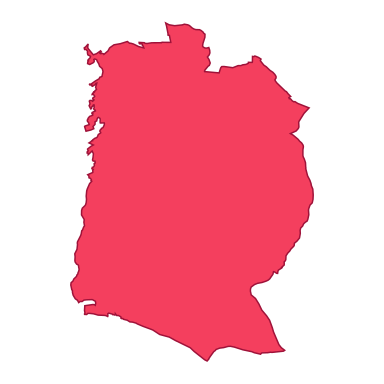 Stoina, Gorj, Romania
{"feature_id": "2599482B4391298205138", "entity_name": "Stoina", "entity_type": "district", "adm_level": 2, "iso_a3": "ROU", "parent_name": "Romania", "parent_adm1": "Gorj", "projection": "mercator", "projection_center": [23.622, 44.679], "detail": "fine", "context": "isolated", "style": "filled", "palette": "rose", "viewbox_px": 384, "rotation_deg": 0, "n_neighbors": 0, "source": "geoboundaries", "source_scale": "gbopen_adm2", "svg_char_len": 5703}
<svg xmlns="http://www.w3.org/2000/svg" viewBox="0 0 384 384"><path d="M78.7,302.6L80.1,301.5L82.1,301.5L84.0,300.1L86.8,299.8L92.3,299.6L95.4,301.3L95.7,303.2L95.3,305.3L94.4,304.7L93.0,304.5L84.8,305.7L84.5,310.6L84.9,312.5L84.8,313.7L84.5,314.0L84.6,314.4L86.7,314.5L87.8,313.4L89.8,313.4L93.5,313.8L98.1,315.1L104.5,315.4L106.1,315.7L107.7,316.5L107.9,316.1L107.8,313.7L108.7,313.1L112.3,314.1L113.0,314.8L113.7,314.5L114.9,315.1L115.4,314.8L115.4,313.8L116.7,315.5L118.4,315.5L120.0,316.3L121.1,317.2L120.9,318.1L121.9,318.7L122.8,318.5L123.5,319.3L127.2,320.2L129.9,321.9L132.5,322.1L136.0,323.1L137.3,323.9L143.2,326.4L151.1,329.3L153.0,330.1L159.7,334.5L169.3,337.1L175.4,340.5L190.2,347.7L194.2,351.5L204.7,359.8L207.1,361.0L208.8,359.1L208.8,358.7L210.3,356.4L213.8,351.6L215.3,350.5L216.0,349.5L219.7,348.1L223.7,347.6L228.1,346.4L230.5,346.3L234.4,347.1L242.9,349.8L251.9,351.7L254.2,352.7L260.6,354.2L261.3,353.3L262.1,352.9L267.7,352.7L270.8,352.2L271.8,352.4L282.3,351.3L283.6,351.1L284.7,350.3L281.3,347.7L278.9,344.6L273.5,331.9L272.3,327.7L269.6,320.3L266.6,315.8L261.8,310.1L258.9,304.0L255.5,298.5L251.2,294.9L250.4,291.1L250.5,288.9L251.2,287.0L254.6,284.5L257.6,283.3L262.0,282.5L265.9,281.2L268.1,280.2L269.7,278.9L272.9,274.3L273.5,271.7L274.7,272.0L276.6,273.3L277.6,273.4L277.9,271.4L278.4,270.1L281.6,268.1L282.0,267.7L281.6,267.4L284.2,265.0L284.2,261.8L285.3,260.8L285.8,259.6L286.0,255.8L287.9,252.9L289.7,251.1L290.9,249.1L293.7,246.3L294.2,245.4L294.4,243.2L296.9,241.2L299.5,238.0L300.3,233.3L300.1,230.4L300.7,228.0L302.6,226.1L303.7,223.7L305.5,222.1L307.1,221.1L307.8,219.4L308.8,214.8L308.5,210.2L308.7,208.8L310.0,205.1L312.2,202.9L313.0,199.4L313.2,195.0L312.8,189.1L311.4,185.7L311.0,183.5L309.9,180.3L307.6,175.9L305.7,168.5L305.9,168.1L305.7,166.9L305.5,162.7L304.3,159.1L303.2,156.8L302.9,155.5L302.9,149.8L303.4,146.8L303.1,145.2L301.6,142.9L299.6,141.2L298.1,139.3L293.1,135.1L290.4,133.6L296.1,131.0L298.0,128.9L298.7,127.7L298.9,126.8L298.7,122.3L298.9,121.5L304.0,113.4L309.1,107.9L297.7,103.4L294.9,101.6L293.8,101.8L292.2,100.8L290.5,98.8L289.3,98.7L288.9,97.6L290.7,96.5L288.0,93.7L286.4,91.6L285.4,91.2L279.9,85.9L276.8,82.9L275.4,81.0L274.9,79.8L276.0,78.1L276.1,76.8L275.8,76.0L274.8,74.4L272.9,72.3L269.9,70.3L266.3,66.8L263.8,65.1L260.3,60.7L261.0,59.1L258.6,57.5L256.0,56.4L254.8,56.0L254.1,56.6L252.5,56.4L252.4,62.0L252.2,62.4L248.4,62.3L248.3,63.3L246.0,64.4L242.8,64.8L240.9,65.6L238.2,65.6L232.8,67.7L224.0,66.5L221.7,66.6L220.7,67.9L219.1,72.9L204.6,71.6L204.5,71.1L205.0,70.0L208.1,66.2L209.3,65.4L210.2,63.0L209.0,59.5L207.4,57.0L209.2,54.9L209.9,52.9L209.7,50.3L208.8,47.5L206.8,48.1L204.9,48.0L203.3,47.1L202.6,46.2L202.9,43.6L204.9,37.3L205.0,34.2L203.7,33.2L203.0,32.0L200.8,30.3L199.5,29.7L195.8,29.6L193.9,29.0L192.2,28.0L189.5,25.6L187.8,24.8L184.3,24.2L182.3,24.9L174.7,25.7L169.1,24.8L165.7,23.0L166.5,25.9L168.0,33.6L168.0,35.1L169.4,35.4L170.8,42.4L161.9,42.3L161.5,42.7L151.7,42.8L147.0,43.5L145.0,43.3L144.3,42.7L139.1,42.4L139.1,43.1L139.6,43.8L141.8,43.9L142.4,44.5L142.3,45.2L143.1,46.0L143.8,47.9L138.7,46.6L133.4,44.0L130.7,43.2L129.6,43.3L127.4,41.5L120.3,43.7L114.0,44.8L110.1,47.5L109.5,48.1L108.0,50.9L103.9,54.4L103.5,53.8L103.1,53.7L102.1,53.4L100.6,53.7L99.9,53.3L99.9,52.7L101.3,51.8L100.6,50.8L96.5,53.7L93.3,54.8L88.1,48.5L87.7,47.2L88.1,44.5L87.8,44.4L85.7,46.8L84.2,47.9L84.6,49.5L85.8,49.4L87.1,50.6L87.6,51.7L87.4,52.7L87.8,54.8L90.5,56.3L90.2,57.7L88.1,59.8L87.9,60.6L88.4,60.9L87.8,61.8L87.6,63.6L89.7,64.5L93.1,62.8L93.9,62.1L94.3,61.0L93.8,59.5L94.1,59.2L94.7,59.0L96.0,59.4L96.8,60.0L97.2,61.2L98.8,63.9L99.6,66.3L102.2,68.6L103.0,71.6L101.9,76.5L99.7,77.3L99.2,78.7L95.2,81.1L91.0,84.1L90.4,84.4L89.9,84.0L89.5,84.3L89.9,85.0L91.8,84.9L91.8,85.9L92.5,86.3L95.1,84.6L95.9,83.3L96.8,83.1L95.6,87.3L96.5,89.4L94.9,90.8L94.7,91.6L93.8,91.8L94.0,92.4L92.8,93.1L92.1,94.3L92.1,94.6L93.3,94.3L94.7,96.2L94.5,96.8L92.9,97.9L92.7,98.6L93.2,99.8L93.7,99.6L94.0,99.9L92.6,101.3L91.6,100.5L90.0,100.4L89.3,101.1L90.0,103.9L89.1,105.7L90.7,108.9L91.5,108.6L91.8,106.9L92.6,106.2L93.2,105.1L93.9,104.8L94.2,105.2L93.9,106.4L94.3,107.0L93.7,108.9L94.3,109.7L95.0,109.9L95.4,110.9L92.1,112.5L91.9,113.3L92.9,113.9L92.4,114.5L92.6,115.3L89.6,116.4L88.0,118.4L87.9,119.5L87.4,119.8L87.3,120.7L87.5,121.4L88.6,122.7L89.2,124.6L84.9,126.1L84.6,126.6L86.0,131.2L90.9,130.0L93.8,128.7L93.0,126.5L95.0,124.4L95.1,121.7L96.7,120.9L97.1,119.0L97.8,117.7L98.5,117.4L99.9,118.3L100.2,119.0L100.1,122.2L100.3,123.0L104.2,122.9L104.4,123.6L104.2,125.1L103.0,127.6L101.4,128.4L101.1,129.2L100.0,130.3L99.9,131.4L100.7,132.4L100.6,133.0L98.3,134.5L97.5,136.6L96.7,137.6L94.8,138.3L92.7,139.9L92.6,140.7L91.8,140.7L91.0,141.6L89.0,142.9L93.3,145.0L91.0,146.3L87.6,149.0L87.6,149.6L88.3,150.8L87.2,151.8L87.1,153.0L88.1,153.2L88.2,154.7L92.1,151.0L93.4,153.7L93.0,157.5L92.5,160.0L93.1,161.0L95.0,161.2L95.2,162.7L94.8,163.0L94.8,163.5L94.1,163.8L94.4,165.4L94.1,166.1L93.4,167.1L92.3,167.3L91.9,168.7L93.3,169.3L92.7,170.3L92.9,172.0L92.7,172.5L87.7,174.7L88.9,176.0L89.0,177.8L90.1,178.2L91.2,179.4L91.4,180.1L91.0,180.6L91.7,181.3L89.6,183.6L87.3,188.9L86.7,190.8L86.2,196.1L86.5,199.4L86.2,202.5L85.6,204.7L84.9,205.7L82.3,208.2L81.6,210.4L81.5,214.9L84.2,219.5L83.9,222.3L84.5,225.9L83.6,227.1L82.5,230.0L81.7,230.8L81.2,234.0L80.6,235.7L77.5,241.8L77.3,243.0L77.5,244.6L77.0,249.3L74.8,253.8L75.1,256.9L74.9,260.3L75.1,261.9L76.6,264.1L78.0,264.8L78.5,265.5L78.7,267.5L79.1,269.0L79.0,269.9L78.6,271.5L78.1,272.4L77.8,274.0L76.9,275.0L76.5,276.4L73.9,278.9L72.9,281.1L71.1,282.7L70.8,285.0L71.8,289.8L72.4,290.4L72.5,292.7L73.2,295.3L75.3,298.8L77.5,300.3L78.7,302.6Z" fill="#f43f5e" stroke="#9f1239" stroke-width="1.5"/></svg>